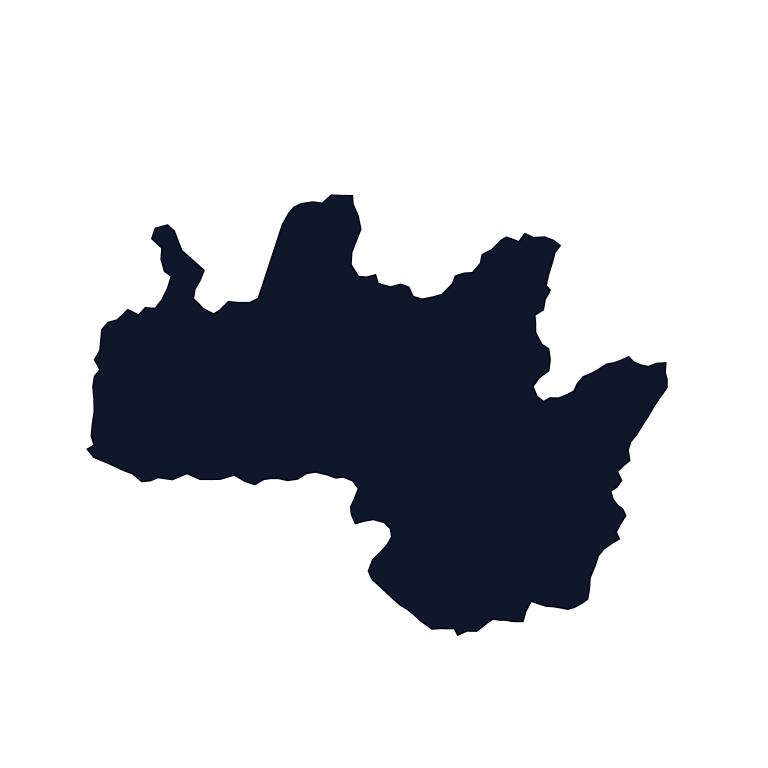 Sapucaí-Mirim, Minas Gerais, Brazil, rotated 205°
{"feature_id": "56859067B63918846454231", "entity_name": "Sapucaí-Mirim", "entity_type": "district", "adm_level": 2, "iso_a3": "BRA", "parent_name": "Brazil", "parent_adm1": "Minas Gerais", "projection": "natural_earth1", "projection_center": [-45.854, -22.796], "detail": "fine", "context": "isolated", "style": "filled", "palette": "ink", "viewbox_px": 768, "rotation_deg": 205, "n_neighbors": 0, "source": "geoboundaries", "source_scale": "gbopen_adm2", "svg_char_len": 2799}
<svg xmlns="http://www.w3.org/2000/svg" viewBox="0 0 768 768"><g transform="rotate(205 384 384)"><path d="M137.5,522.2L145.8,517.8L151.8,511.4L159.5,509.7L166.8,509.4L173.8,512.1L179.1,505.7L184.5,500.3L190.5,496.2L195.8,487.8L200.0,481.9L206.6,474.6L208.9,465.5L208.8,457.9L213.6,451.6L219.6,445.1L227.7,441.5L231.8,435.6L240.3,437.5L248.0,444.8L245.9,455.5L240.3,465.5L243.7,476.3L249.7,485.5L257.8,486.6L268.4,494.7L272.7,503.7L276.4,510.2L271.0,518.6L273.7,528.8L273.0,539.2L278.7,541.6L281.1,552.5L282.8,565.2L284.7,575.4L282.8,583.8L290.8,585.8L300.5,585.1L310.1,579.9L319.9,579.8L321.8,570.0L335.1,568.8L338.9,563.2L342.9,551.5L349.6,542.8L347.6,534.1L350.9,522.2L357.9,518.4L364.9,512.1L364.3,503.8L369.2,489.7L376.0,483.8L385.2,477.0L394.6,475.6L402.4,482.2L411.0,481.5L419.1,474.6L431.8,472.6L437.8,479.4L444.9,473.5L452.5,470.6L464.3,478.2L468.8,489.4L470.5,514.6L478.8,525.7L488.2,534.0L492.2,541.3L501.9,536.9L511.6,532.9L516.3,521.7L525.3,518.9L535.1,512.5L540.3,506.2L542.4,499.0L543.4,485.5L534.1,408.5L540.1,401.0L550.3,396.2L559.8,392.9L564.0,381.4L568.0,375.4L579.5,375.8L586.5,378.6L592.8,380.7L595.5,390.4L594.5,399.6L595.1,410.9L623.9,419.6L638.6,433.9L647.3,436.7L657.0,428.5L655.9,417.6L642.7,413.3L638.6,402.6L630.5,393.4L622.2,391.8L620.5,378.5L620.9,366.2L623.3,355.8L632.6,352.2L635.4,342.8L647.7,343.1L650.4,335.6L653.0,329.1L660.0,323.2L662.7,314.0L655.7,294.5L656.6,283.7L647.4,276.9L649.6,268.7L646.7,258.6L640.3,247.5L635.0,236.7L631.0,223.5L627.3,213.2L621.0,206.1L625.4,199.5L615.9,194.9L602.6,195.5L594.3,195.7L582.1,195.7L574.1,196.4L562.2,193.2L554.8,197.7L549.5,203.6L535.4,207.9L524.7,219.6L510.3,219.9L492.5,228.3L481.2,238.2L468.8,237.1L458.6,238.2L452.8,246.6L446.6,250.7L439.8,253.8L430.7,255.8L422.1,261.4L416.5,270.2L408.8,275.3L396.7,277.8L388.0,278.5L381.6,282.5L371.6,283.0L363.0,278.6L362.3,267.7L362.2,258.3L358.5,252.2L351.0,245.4L344.0,251.4L336.5,256.7L325.2,258.6L316.9,255.5L312.4,248.6L313.2,239.5L316.2,229.8L319.9,219.9L319.1,207.9L312.4,202.0L302.1,198.8L292.1,195.5L284.0,192.9L275.1,190.4L267.4,189.6L259.3,187.6L250.6,184.8L244.2,183.6L236.9,182.2L229.6,186.3L222.8,189.3L216.8,192.1L211.1,187.6L204.5,195.2L195.5,199.2L189.9,210.3L185.9,217.1L179.7,218.8L174.0,221.4L167.1,223.2L157.7,227.5L159.4,237.4L158.8,249.4L151.1,250.2L143.4,251.1L136.6,253.8L129.3,255.8L122.3,257.5L117.0,262.1L112.0,269.0L108.6,275.0L111.2,285.0L115.3,295.2L115.9,308.7L117.2,319.1L114.9,327.5L110.9,334.7L105.3,343.1L111.0,347.9L110.6,357.0L109.3,366.7L114.7,371.5L121.7,373.0L127.9,376.6L133.3,382.7L129.4,389.0L127.9,397.0L135.4,403.3L132.4,411.3L129.0,418.4L135.0,427.7L136.0,436.0L133.7,444.7L132.4,456.0L130.9,466.2L130.0,477.0L128.3,488.1L126.0,500.3L129.4,507.7L134.1,513.3L137.5,522.2Z" fill="#0f172a" stroke="#020617" stroke-width="1.5"/></g></svg>